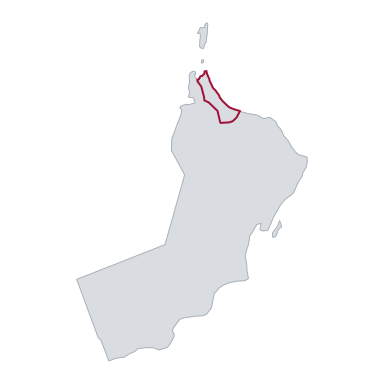 Al Batnah North on a map of Oman (Natural Earth projection)
{"feature_id": "OMN-2424", "entity_name": "Al Batnah North", "entity_type": "Region", "adm_level": 1, "iso_a3": "OMN", "parent_name": "Oman", "parent_adm1": "", "projection": "natural_earth1", "projection_center": [56.548, 24.234], "detail": "fine", "context": "in_parent", "style": "outline", "palette": "rose", "viewbox_px": 384, "rotation_deg": 0, "n_neighbors": 0, "source": "natural_earth", "source_scale": "10m", "svg_char_len": 3606}
<svg xmlns="http://www.w3.org/2000/svg" viewBox="0 0 384 384"><path d="M108.9,361.0L107.1,356.4L105.4,351.8L103.6,347.2L101.8,342.6L100.6,339.4L98.5,338.3L97.2,334.9L95.9,331.4L94.7,328.0L93.4,324.5L92.1,321.0L90.8,317.6L89.5,314.1L88.2,310.6L86.9,307.1L85.7,303.7L84.4,300.2L83.1,296.7L81.8,293.2L80.5,289.8L79.3,286.3L78.0,282.8L76.7,279.4L80.9,277.7L85.9,275.7L91.0,273.7L96.1,271.7L101.2,269.7L106.2,267.7L111.3,265.8L116.4,263.8L121.4,261.8L126.5,259.8L131.6,257.8L136.6,255.8L141.7,253.8L146.7,251.8L151.8,249.8L156.9,247.8L161.9,245.8L165.0,244.6L166.4,239.9L167.4,236.1L168.5,232.2L169.6,228.4L170.7,224.5L171.8,220.7L172.9,216.8L173.9,213.0L175.0,209.1L176.1,205.3L177.2,201.4L178.3,197.6L179.3,193.7L180.4,189.9L181.5,186.0L182.6,182.1L183.7,178.3L184.6,174.8L182.8,171.4L180.3,166.8L177.7,162.0L175.3,157.5L173.5,154.2L171.4,150.3L171.6,145.2L171.6,142.7L171.8,138.8L173.9,133.4L176.3,126.5L178.1,121.9L179.7,118.0L180.9,114.8L181.6,111.5L181.2,109.2L180.4,108.3L179.7,107.2L182.1,105.5L186.4,104.3L188.8,104.6L192.1,103.7L194.8,103.0L195.0,101.9L194.2,100.2L193.1,97.7L189.4,97.4L188.3,96.7L189.6,93.0L189.5,91.8L189.0,90.4L188.5,88.1L188.8,85.0L189.5,83.0L189.6,81.3L189.2,77.9L189.3,74.9L190.1,73.4L191.5,72.0L192.8,71.3L194.2,71.4L195.3,71.9L195.7,73.5L195.4,74.6L194.7,74.8L194.4,75.2L195.5,77.4L197.1,79.4L198.3,79.1L199.7,77.4L201.2,76.1L203.0,75.0L204.4,72.7L205.5,71.3L206.5,71.0L209.5,80.2L213.9,88.8L217.8,93.5L221.8,99.9L227.9,105.8L230.7,107.9L242.1,112.0L248.4,113.6L257.0,115.0L262.9,118.3L264.9,118.5L268.1,117.5L270.3,117.6L276.0,122.0L277.7,126.2L280.1,128.4L282.2,131.8L283.6,135.5L288.4,141.0L291.8,147.2L295.3,151.8L298.4,154.7L303.1,155.8L306.9,157.1L307.3,160.2L306.9,164.2L306.2,167.2L302.8,173.0L302.0,176.5L298.1,182.4L293.8,192.3L291.9,194.5L285.0,199.6L280.0,205.7L274.0,216.3L269.4,226.9L267.7,230.3L264.0,231.0L261.6,230.7L259.9,229.7L260.6,226.8L261.0,223.6L258.7,223.9L256.8,224.6L252.2,232.5L249.7,235.9L249.2,240.3L248.0,246.0L246.2,251.2L245.4,255.6L245.5,258.1L246.8,264.2L246.9,270.4L247.7,274.1L248.4,278.6L246.2,280.0L244.4,280.7L237.1,281.2L229.7,282.6L223.2,285.2L219.4,287.8L214.3,293.6L211.3,308.2L206.3,314.4L203.0,315.7L195.0,316.2L183.6,317.9L179.7,319.4L173.0,328.4L172.5,331.2L173.8,333.2L174.2,335.5L173.6,337.6L170.6,343.3L167.4,347.4L158.7,350.0L155.6,348.4L152.7,347.7L147.1,347.6L138.0,348.6L134.6,351.6L129.3,353.8L124.4,357.1L115.2,358.4L108.9,361.0ZM203.9,47.6L203.4,48.4L202.5,48.5L200.6,47.8L199.5,46.3L199.7,44.3L199.8,40.7L200.3,37.4L200.2,33.8L198.7,33.1L197.6,33.3L200.1,28.2L201.0,27.5L201.9,27.8L204.2,27.3L205.3,24.5L206.3,23.0L207.3,23.2L207.8,24.1L207.4,28.2L207.4,31.7L206.1,42.3L204.8,44.1L204.2,45.6L203.9,47.6ZM275.0,236.8L273.1,237.4L272.6,237.1L272.6,232.7L276.9,227.2L279.7,220.8L281.7,226.5L278.3,229.7L276.5,235.2L275.0,236.8ZM203.4,62.1L202.2,63.0L201.4,62.9L201.6,61.0L202.1,59.7L203.3,59.8L203.6,60.6L203.4,62.1Z" fill="#d9dde1" stroke="#a8b0b8" stroke-width="1"/><path d="M197.5,79.7L198.1,79.7L198.7,79.5L198.9,79.2L199.1,78.6L199.7,77.8L200.2,76.5L200.7,76.2L201.7,76.1L202.3,75.8L203.2,74.8L203.4,74.6L204.2,74.0L204.4,73.6L204.4,73.4L204.4,72.8L204.5,71.6L204.7,71.4L204.8,71.3L206.4,71.1L207.0,73.9L208.9,78.1L209.2,78.5L209.4,79.3L209.6,80.8L213.0,87.9L213.7,88.7L215.4,90.3L218.5,94.6L219.2,95.7L219.4,96.4L219.7,97.4L222.6,101.1L226.0,104.4L228.7,106.8L229.7,107.5L233.8,109.2L239.2,110.8L239.9,111.1L236.5,117.6L232.7,121.2L229.1,122.4L220.7,122.9L220.2,122.2L217.5,110.9L208.8,102.5L204.3,100.3L204.1,97.3L201.3,86.6L197.4,81.2L197.5,79.7L197.5,79.7Z" fill="none" stroke="#9f1239" stroke-width="2"/></svg>